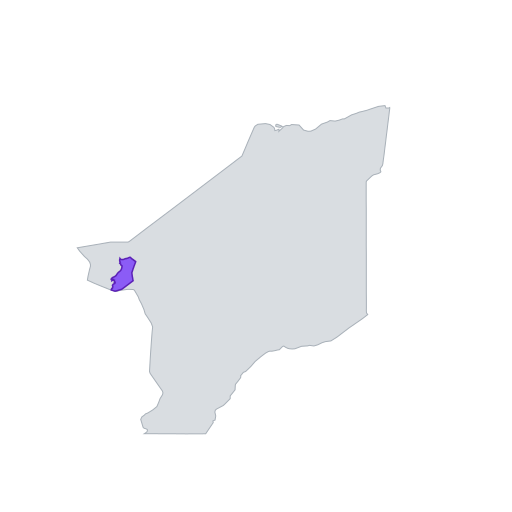 location of Mandera West, North-Eastern, Kenya, rotated 233°
{"feature_id": "3690345B48276245407304", "entity_name": "Mandera West", "entity_type": "district", "adm_level": 2, "iso_a3": "KEN", "parent_name": "Kenya", "parent_adm1": "North-Eastern", "projection": "equal_earth", "projection_center": [40.274, 3.456], "detail": "fine", "context": "in_parent", "style": "filled", "palette": "violet", "viewbox_px": 512, "rotation_deg": 233, "n_neighbors": 0, "source": "geoboundaries", "source_scale": "gbopen_adm2", "svg_char_len": 6211}
<svg xmlns="http://www.w3.org/2000/svg" viewBox="0 0 512 512"><g transform="rotate(233 256 256)"><path d="M142.0,310.0L141.9,303.4L142.6,286.7L142.5,272.0L143.1,264.7L145.8,260.0L147.0,256.6L147.9,251.9L149.3,248.1L152.5,244.9L153.1,243.2L156.5,238.0L158.5,231.2L160.0,228.9L161.9,226.8L163.3,225.7L165.5,224.6L167.3,224.0L167.6,223.4L167.7,222.3L167.1,218.2L167.9,216.8L169.1,214.0L170.4,211.4L171.7,209.8L172.3,208.1L172.7,205.1L172.7,203.0L172.7,199.6L172.3,191.9L170.9,185.5L170.0,178.2L170.7,175.9L169.6,171.6L169.0,171.4L168.1,170.5L166.9,166.5L166.0,162.8L165.5,161.9L161.7,158.7L159.8,151.2L157.6,149.5L156.5,142.1L156.3,139.9L157.5,132.5L157.4,130.8L156.1,129.2L152.5,127.6L149.6,124.5L150.0,123.4L150.2,122.3L148.7,121.6L144.3,108.8L150.0,101.2L155.8,93.4L163.3,83.6L170.1,74.6L176.0,66.9L181.3,59.9L181.2,61.2L181.2,63.0L181.8,64.1L182.9,64.8L184.4,64.0L185.7,63.0L187.0,62.7L194.9,65.6L196.2,68.1L196.1,70.9L196.4,72.8L195.8,74.8L195.2,80.8L195.4,86.2L197.7,90.3L199.8,93.5L201.5,97.9L202.7,99.3L204.4,100.0L209.9,100.2L217.9,100.5L225.6,100.8L226.3,100.9L227.9,101.5L235.0,107.5L241.6,113.1L247.1,117.9L252.4,122.5L257.6,127.1L261.6,130.8L265.6,132.0L272.1,132.5L276.5,132.7L280.7,134.3L286.8,135.8L291.4,136.5L294.2,137.4L301.9,138.3L303.1,137.8L306.5,133.6L310.3,126.8L311.8,123.0L316.7,119.3L325.3,114.1L331.4,110.5L338.2,106.8L341.2,110.0L345.5,115.1L347.4,117.6L348.9,118.7L351.2,119.5L354.0,119.5L355.5,119.4L358.7,118.7L366.0,118.1L370.1,118.2L366.6,125.0L362.4,133.1L354.7,148.1L348.8,155.9L344.3,161.9L343.9,163.0L343.9,169.6L344.0,185.8L344.0,218.3L344.1,250.7L344.2,283.2L344.3,299.5L344.3,304.9L348.2,311.7L352.1,318.4L357.1,327.2L359.8,332.0L360.3,333.5L360.1,336.7L356.0,343.3L352.6,346.3L348.0,347.7L346.6,347.5L344.8,346.5L344.1,348.1L343.5,350.6L342.5,350.1L341.8,349.3L342.2,353.7L342.7,355.9L342.0,358.8L339.8,361.4L339.6,363.5L334.7,369.2L327.9,369.8L324.3,372.6L322.7,374.9L321.5,380.0L321.9,387.7L320.0,393.6L319.6,396.6L316.1,400.4L314.5,404.0L313.4,407.6L312.3,409.1L311.2,417.2L309.5,422.1L309.1,423.7L308.7,425.2L307.4,428.0L306.6,430.0L306.0,431.3L301.8,443.8L298.5,449.5L296.0,448.8L294.3,451.0L294.1,452.1L293.2,451.5L291.1,449.4L286.7,445.2L282.3,440.9L277.9,436.7L273.5,432.4L269.1,428.2L264.7,423.9L260.3,419.7L256.0,415.4L253.4,412.9L252.2,411.4L251.3,408.5L250.9,407.8L249.7,406.8L248.4,406.6L248.0,406.1L248.0,404.7L248.5,402.6L250.1,398.7L250.2,396.4L249.9,393.8L249.4,389.6L249.0,388.7L246.1,386.5L240.0,381.9L233.9,377.3L227.8,372.8L221.7,368.2L215.6,363.6L209.5,359.0L203.4,354.4L197.3,349.8L191.2,345.3L185.1,340.7L179.0,336.1L172.9,331.5L166.8,326.9L160.7,322.3L154.6,317.8L148.5,313.2L146.2,311.4L144.1,310.0L142.0,310.0ZM344.7,354.5L343.7,354.9L344.2,352.7L347.4,349.8L348.6,350.5L348.9,351.1L348.8,351.7L348.3,352.3L344.7,354.5Z" fill="#d9dde1" stroke="#a8b0b8" stroke-width="1"/><path d="M316.0,119.9L313.2,121.9L312.7,122.3L311.7,124.7L311.1,126.5L310.6,127.8L310.3,128.6L310.2,129.0L310.2,130.6L310.2,131.7L310.2,132.1L310.2,133.6L310.2,136.6L310.2,137.4L310.2,138.0L310.2,138.9L310.2,139.6L310.2,141.2L310.2,142.5L310.2,142.9L310.3,142.9L310.8,143.2L311.9,143.8L312.8,144.3L313.9,144.8L314.8,145.3L315.7,145.8L316.6,146.3L317.3,146.7L317.3,146.8L317.6,147.0L318.0,147.7L318.5,148.4L319.1,149.3L319.6,149.9L320.1,150.7L320.2,150.9L320.6,151.5L321.2,152.3L321.6,153.0L322.1,153.8L322.5,154.4L323.0,155.2L323.7,156.3L323.8,156.5L324.0,156.6L324.3,156.4L324.5,156.3L324.8,156.2L325.0,156.3L325.3,156.3L325.4,156.2L325.5,156.1L325.8,155.9L326.0,155.9L326.3,155.9L326.5,155.9L326.6,155.7L326.8,155.7L327.0,155.6L327.3,155.6L327.5,155.5L327.8,155.5L327.9,155.4L328.0,155.3L328.2,155.2L328.3,155.2L328.5,155.2L328.8,155.0L329.0,155.0L329.3,155.0L329.5,155.0L329.8,155.0L330.0,154.9L330.3,154.9L330.5,154.8L330.8,154.7L331.0,154.3L331.0,154.1L331.2,153.6L331.3,153.1L331.4,152.5L331.5,152.2L331.6,151.8L331.7,151.7L331.8,151.4L331.9,151.2L332.0,151.1L332.0,150.9L332.0,150.7L332.2,150.4L332.3,150.3L332.5,150.2L332.6,149.8L332.6,149.7L332.7,149.4L332.7,149.2L332.8,148.7L332.9,148.3L333.0,148.2L333.1,147.9L333.2,147.7L333.3,147.6L333.4,147.4L333.5,147.3L333.5,147.2L333.8,146.9L334.0,146.7L334.2,146.4L334.3,146.3L334.4,146.1L334.5,146.1L334.9,145.9L335.0,145.9L335.4,145.9L335.6,145.9L335.9,145.9L335.7,145.7L335.4,145.3L335.0,144.8L334.8,144.6L334.1,144.2L333.8,144.0L333.6,144.0L333.2,143.9L332.9,143.9L332.7,143.9L332.6,143.5L332.5,143.4L332.4,143.2L332.3,142.8L332.1,142.8L331.9,142.8L331.6,142.9L331.4,143.0L331.2,143.1L330.8,143.0L330.6,142.8L330.4,142.7L330.2,142.7L329.9,142.7L329.6,142.8L329.4,142.8L329.2,143.0L328.9,143.1L328.6,142.9L328.4,142.8L328.3,142.7L327.4,141.8L326.7,140.9L325.9,139.3L325.8,138.6L325.8,138.4L325.7,137.5L325.8,136.6L325.6,135.5L325.4,134.7L324.9,133.3L324.8,133.2L324.8,132.9L324.7,132.8L324.6,132.6L324.6,132.4L324.5,132.2L324.6,131.9L324.7,131.7L324.6,131.4L324.6,131.2L324.6,130.9L324.6,130.7L324.7,130.4L324.7,130.2L324.8,129.9L324.9,129.7L324.9,129.3L324.9,129.2L325.0,129.1L325.1,128.8L325.1,128.7L325.1,128.4L325.0,128.1L325.1,127.9L324.9,127.7L324.9,127.4L324.9,127.2L324.8,126.9L324.8,126.7L324.7,126.6L324.7,126.4L324.4,126.2L324.2,126.2L324.1,126.3L323.9,126.5L323.7,126.6L323.7,126.8L323.5,127.1L323.4,127.4L323.4,127.5L323.3,127.8L323.2,127.9L323.1,127.7L323.0,127.4L323.0,127.2L323.2,126.9L323.3,126.8L323.3,126.6L323.2,126.3L323.1,126.2L323.1,126.3L322.9,126.5L322.8,126.8L322.8,127.0L322.7,127.3L322.6,127.5L322.2,127.8L321.9,128.1L321.8,128.3L321.7,128.2L321.5,127.9L321.4,127.9L321.1,127.8L320.9,127.6L320.7,127.4L320.4,127.2L320.2,126.9L319.9,126.9L319.7,126.9L319.7,127.0L319.4,127.2L319.4,127.3L319.3,127.2L319.2,127.1L319.2,126.9L319.1,126.7L319.2,126.4L319.2,126.2L319.2,125.9L319.2,125.7L319.3,125.5L319.4,125.3L319.4,125.2L319.4,124.9L319.3,124.7L319.2,124.3L319.2,124.2L319.1,123.9L319.0,123.7L318.9,123.7L318.6,123.6L318.4,123.6L318.2,123.4L317.9,123.3L317.8,123.2L317.7,123.1L317.5,122.9L317.4,122.9L317.3,122.7L317.2,122.5L317.1,122.4L316.9,122.3L316.9,122.2L316.7,122.0L316.7,121.9L316.7,121.7L316.8,121.6L316.8,121.4L316.8,121.2L316.7,120.9L316.5,120.7L316.4,120.6L316.4,120.4L316.3,120.2L316.2,120.0L316.1,119.9L316.0,119.9Z" fill="#8b5cf6" stroke="#5b21b6" stroke-width="1.5"/></g></svg>